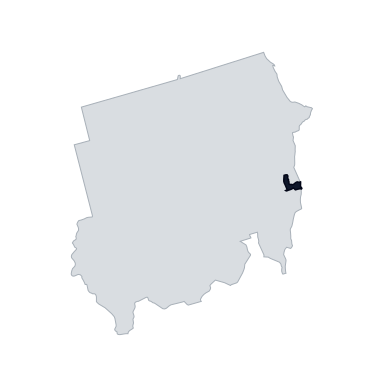 Al Fashaga, Gedarif, Sudan shown in context, rotated 342°
{"feature_id": "16777658B79230518314977", "entity_name": "Al Fashaga", "entity_type": "district", "adm_level": 2, "iso_a3": "SDN", "parent_name": "Sudan", "parent_adm1": "Gedarif", "projection": "orthographic", "projection_center": [36.017, 14.347], "detail": "fine", "context": "in_parent", "style": "filled", "palette": "ink", "viewbox_px": 384, "rotation_deg": 342, "n_neighbors": 0, "source": "geoboundaries", "source_scale": "gbopen_adm2", "svg_char_len": 5378}
<svg xmlns="http://www.w3.org/2000/svg" viewBox="0 0 384 384"><g transform="rotate(342 192 192)"><path d="M256.3,298.3L253.1,298.2L252.8,297.5L252.8,295.4L253.2,293.8L254.4,291.3L254.1,290.0L254.3,288.0L253.5,285.8L245.9,279.3L244.4,277.5L240.3,275.9L241.0,274.1L239.5,261.0L240.3,259.5L240.6,257.2L240.6,255.2L241.6,251.8L241.7,250.4L233.6,250.2L233.5,251.6L233.9,253.2L233.8,253.9L222.6,253.8L227.0,259.0L227.2,261.2L226.9,264.0L226.9,265.8L227.2,267.0L228.4,269.3L228.3,269.8L228.0,270.3L219.9,277.0L218.5,280.2L217.4,281.8L215.1,284.6L207.6,291.7L206.4,292.2L200.8,292.3L200.3,292.5L199.8,292.8L199.6,292.7L194.9,288.3L187.0,283.0L181.6,285.5L180.1,286.5L180.1,288.9L179.3,290.2L177.8,291.5L173.9,292.3L171.8,293.0L169.4,294.3L166.9,296.6L166.7,297.8L167.0,298.9L153.5,298.4L152.6,297.5L150.7,293.6L149.3,293.7L137.1,292.8L135.3,293.2L131.8,294.6L130.0,294.8L128.2,294.0L122.0,286.1L120.6,285.2L119.2,283.3L117.9,282.4L117.4,281.8L117.3,281.0L117.4,279.3L117.0,278.3L116.0,278.0L107.3,279.4L106.1,279.1L104.2,279.3L103.6,279.6L102.9,280.6L102.7,282.7L102.4,283.7L101.7,284.8L99.2,287.3L98.6,288.4L98.6,291.2L98.4,292.6L98.0,293.3L96.9,294.3L96.5,294.9L95.9,298.5L94.5,300.7L94.2,301.4L94.1,303.0L93.8,303.5L89.9,304.5L88.4,305.3L87.5,306.5L87.3,307.0L85.6,306.4L83.5,306.0L79.4,305.4L77.8,304.7L77.1,303.8L77.4,301.6L77.0,301.2L76.4,300.7L76.0,299.7L76.1,298.6L78.4,296.2L78.8,294.8L79.6,288.5L79.5,286.5L78.0,282.9L74.3,276.5L73.5,275.2L68.8,269.8L68.3,269.0L67.2,266.8L68.7,262.2L68.8,260.9L68.6,259.5L67.4,258.4L66.3,258.3L64.9,256.9L64.0,256.3L63.3,255.1L62.8,253.5L63.4,248.0L63.2,247.3L62.0,247.0L61.7,246.6L61.8,245.5L61.3,242.3L60.7,239.6L61.2,238.2L60.2,236.2L58.3,235.2L54.5,235.6L53.3,235.4L52.5,235.0L52.0,234.3L51.7,233.4L52.0,232.1L53.3,229.8L54.7,228.0L57.6,226.4L58.3,225.5L58.8,224.5L59.0,223.3L58.8,222.0L58.6,220.8L57.9,219.2L57.2,217.4L57.3,216.2L57.7,215.3L58.5,214.3L61.3,212.5L64.2,210.9L64.7,210.3L64.6,209.6L63.4,208.1L63.1,205.4L62.5,203.5L64.0,202.1L65.1,201.7L66.8,201.3L67.4,200.8L67.7,199.6L67.7,198.5L68.3,197.8L69.2,196.1L69.9,195.3L72.2,193.4L72.7,192.1L72.9,190.8L72.6,187.0L73.9,185.4L75.5,184.2L77.8,184.4L81.3,184.3L83.7,183.9L85.4,184.0L89.3,184.9L89.7,184.6L90.0,183.6L94.6,110.7L110.4,111.5L110.6,111.4L113.0,77.1L212.2,80.5L213.0,80.4L214.7,77.3L215.4,77.0L216.4,77.2L216.7,78.0L215.8,80.6L303.3,81.3L303.5,85.2L304.2,88.3L306.7,92.8L308.8,95.2L309.6,96.6L309.7,97.2L309.6,97.7L309.0,97.1L307.9,96.6L307.7,98.7L308.3,103.1L309.2,106.1L308.6,108.9L308.7,113.6L309.9,119.3L309.7,122.9L311.6,131.4L313.4,136.1L314.4,137.2L315.5,137.8L317.7,138.2L320.9,140.6L323.4,143.1L324.3,144.4L325.5,145.8L326.3,145.6L326.9,145.2L327.7,146.4L331.7,148.8L332.3,150.0L330.9,151.2L329.3,153.2L328.5,155.0L328.0,155.6L326.7,156.8L326.5,157.4L325.9,157.7L325.3,157.7L324.0,158.4L322.7,158.2L321.5,158.6L321.1,159.0L320.1,159.4L318.7,159.6L316.7,161.2L314.9,162.0L314.3,162.6L313.3,165.7L312.6,166.5L310.0,166.6L308.6,166.9L306.8,166.6L306.0,166.6L305.7,167.3L305.4,170.0L305.5,171.1L304.0,174.2L304.5,179.9L303.0,184.1L302.8,185.1L301.3,188.5L300.6,189.8L298.7,196.1L298.0,198.0L296.4,200.1L298.0,215.3L296.7,219.9L296.8,222.5L295.8,226.2L295.1,228.0L293.8,230.1L292.8,232.4L291.9,235.5L291.3,241.3L291.0,241.8L286.2,242.6L284.7,243.0L283.6,243.6L282.4,245.1L279.9,249.2L278.6,251.7L276.5,255.2L274.1,257.6L273.6,258.8L273.2,261.0L272.3,264.5L271.5,266.9L271.7,268.9L270.9,272.4L271.0,274.1L270.2,275.0L269.0,275.9L268.3,276.1L264.9,273.8L262.5,275.4L261.0,277.6L259.8,279.8L260.4,284.6L260.4,285.7L260.0,286.8L257.7,291.5L257.1,293.7L256.3,297.4L256.3,298.3Z" fill="#d9dde1" stroke="#a8b0b8" stroke-width="1"/><path d="M282.9,209.3L282.6,210.3L282.5,211.8L282.8,213.8L283.0,216.1L283.1,217.5L283.2,219.5L281.5,219.5L281.7,219.8L282.0,220.1L282.4,220.1L283.0,220.2L283.5,220.2L283.9,220.0L284.6,220.1L285.4,220.1L286.2,220.1L287.6,220.0L288.1,219.9L288.7,219.7L289.0,219.6L289.3,219.6L289.5,219.6L289.5,219.8L289.8,219.8L290.0,219.9L290.0,220.0L290.3,220.3L290.4,220.7L290.6,221.2L290.8,221.5L290.9,221.8L291.0,221.9L291.5,221.9L292.1,222.0L293.0,222.0L293.3,221.9L293.5,221.8L293.8,221.8L293.8,222.0L294.0,222.1L294.3,222.1L294.5,222.1L294.9,222.1L295.1,222.0L295.3,222.2L295.5,222.1L295.8,222.0L296.0,222.1L296.0,222.3L296.2,222.5L296.3,222.6L296.6,222.6L296.8,222.9L297.0,222.8L297.1,222.7L297.2,222.8L297.3,222.8L297.5,222.7L297.6,222.2L297.3,221.2L297.2,221.2L296.9,220.1L297.1,219.7L297.6,218.3L298.2,216.6L298.4,216.0L298.4,215.9L298.0,215.9L297.6,215.9L297.2,215.9L296.8,215.8L296.6,215.7L296.4,215.6L296.2,215.5L295.9,215.3L295.4,215.0L295.2,214.9L294.8,214.9L294.1,215.0L293.0,215.3L292.3,215.6L291.9,215.8L291.1,216.0L290.8,216.1L290.5,216.2L290.2,216.1L289.8,216.1L289.5,216.0L289.5,215.9L289.1,215.6L288.8,215.5L288.5,215.4L287.8,215.2L287.6,215.2L287.3,214.8L287.2,214.8L287.0,214.7L286.9,214.7L286.8,214.4L286.8,213.9L286.8,213.7L286.9,213.4L287.0,213.3L287.2,212.7L287.3,212.3L287.3,212.1L287.4,211.7L287.4,211.4L287.2,211.2L287.1,210.9L287.1,210.7L287.2,210.4L287.3,210.4L287.4,210.2L287.6,210.1L287.6,209.8L287.5,209.6L287.4,209.6L287.4,209.3L287.4,209.2L287.3,208.5L287.3,208.3L287.4,207.9L287.8,207.3L287.8,207.1L287.9,206.9L288.1,206.2L288.0,205.8L287.9,205.8L287.9,205.7L287.8,205.1L287.3,204.9L286.6,204.7L286.0,204.6L284.9,204.6L284.7,204.6L283.1,208.7L282.9,209.3Z" fill="#0f172a" stroke="#020617" stroke-width="1.5"/></g></svg>